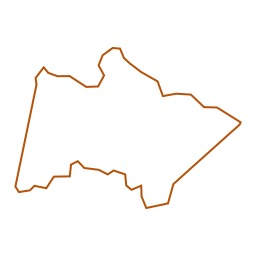 Powhatan, Virginia, United States of America (Natural Earth projection)
{"feature_id": "52423323B68084475698233", "entity_name": "Powhatan", "entity_type": "district", "adm_level": 2, "iso_a3": "USA", "parent_name": "United States of America", "parent_adm1": "Virginia", "projection": "natural_earth1", "projection_center": [-77.916, 37.554], "detail": "fine", "context": "isolated", "style": "outline", "palette": "amber", "viewbox_px": 256, "rotation_deg": 0, "n_neighbors": 0, "source": "geoboundaries", "source_scale": "gbopen_adm2", "svg_char_len": 663}
<svg xmlns="http://www.w3.org/2000/svg" viewBox="0 0 256 256"><path d="M240.6,122.3L217.0,107.5L204.0,107.1L190.9,94.6L176.1,93.7L162.9,96.1L157.6,81.4L141.1,72.0L129.8,63.4L124.0,58.1L120.0,48.6L112.7,48.0L102.7,55.2L98.6,65.4L104.1,75.4L98.1,86.5L86.2,86.9L69.6,76.1L57.4,76.2L48.3,72.9L43.7,67.4L35.6,78.0L36.5,84.7L15.4,186.6L19.0,192.1L30.0,190.3L34.4,185.8L46.3,188.2L53.9,176.6L69.8,176.4L71.0,164.6L77.8,161.2L84.3,168.0L98.7,169.8L107.7,174.4L113.6,170.5L125.2,174.4L126.2,185.4L131.5,189.8L141.2,185.7L141.6,196.6L146.3,208.0L168.0,203.4L173.4,184.1L190.0,169.1L230.8,132.5L239.6,124.7L240.6,122.3Z" fill="none" stroke="#b45309" stroke-width="2"/></svg>